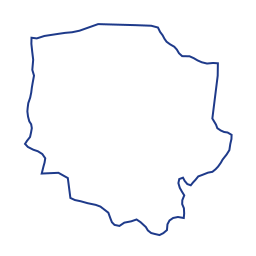 outline of Juazeiro do Norte, Ceará, Brazil, rotated 95°
{"feature_id": "56859067B35969232140200", "entity_name": "Juazeiro do Norte", "entity_type": "district", "adm_level": 2, "iso_a3": "BRA", "parent_name": "Brazil", "parent_adm1": "Ceará", "projection": "orthographic", "projection_center": [-39.273, -7.179], "detail": "fine", "context": "isolated", "style": "outline", "palette": "blue", "viewbox_px": 256, "rotation_deg": 95, "n_neighbors": 0, "source": "geoboundaries", "source_scale": "gbopen_adm2", "svg_char_len": 1578}
<svg xmlns="http://www.w3.org/2000/svg" viewBox="0 0 256 256"><g transform="rotate(95 128 128)"><path d="M152.8,229.2L155.6,226.1L157.9,220.4L159.0,215.8L161.4,211.1L165.4,207.8L169.7,208.1L173.4,208.8L177.2,209.4L180.9,210.0L178.7,193.4L181.3,187.6L183.1,183.6L202.7,179.3L204.4,174.6L205.1,168.7L206.4,161.8L207.4,153.4L208.7,148.6L214.1,140.2L219.9,137.5L223.3,135.8L225.7,133.0L226.3,128.0L222.6,123.4L220.7,116.7L218.4,111.5L220.7,107.3L225.1,101.6L228.3,99.3L230.6,95.8L231.2,92.3L231.9,87.3L229.7,83.7L226.3,80.3L220.5,80.3L216.5,78.6L213.7,75.2L212.3,70.5L212.8,64.6L208.3,64.6L203.1,65.3L199.1,67.4L195.2,67.6L190.2,66.1L186.6,68.8L183.1,71.2L178.5,73.0L174.4,72.5L172.7,68.9L175.8,66.9L178.7,64.0L179.6,60.5L176.6,58.5L173.8,56.3L170.1,53.8L168.4,50.2L165.5,44.4L164.3,40.1L161.5,37.2L158.6,34.9L154.5,32.5L151.2,31.0L145.7,27.4L141.2,25.1L135.0,24.7L130.0,24.0L125.8,24.2L123.8,28.4L123.6,31.9L122.4,35.4L120.4,39.0L117.0,40.6L111.2,44.8L68.1,43.2L55.7,44.1L55.8,48.9L56.9,54.9L56.1,60.2L54.6,64.6L52.7,68.6L51.2,72.9L51.7,80.3L49.1,83.7L45.6,86.2L43.0,89.0L40.9,93.5L38.7,97.1L36.0,99.4L32.6,101.6L29.5,104.4L25.3,106.9L24.1,113.8L24.9,129.6L26.3,153.2L27.1,166.8L35.3,184.8L37.5,192.1L38.7,198.9L40.2,205.3L43.6,219.3L46.7,226.7L46.5,232.0L52.6,231.6L56.1,230.9L60.2,230.1L64.0,229.3L68.3,228.4L72.8,228.4L78.4,228.4L84.0,226.2L91.2,226.9L96.0,227.3L101.1,227.5L106.3,228.1L111.9,229.5L116.6,229.7L120.2,229.7L125.3,228.6L130.0,226.9L132.7,224.8L136.5,223.8L141.0,224.2L145.5,224.8L149.6,227.5L152.8,229.2Z" fill="none" stroke="#1e3a8a" stroke-width="2"/></g></svg>